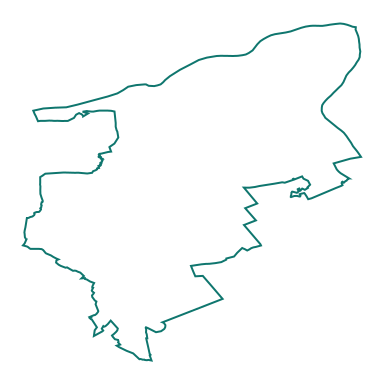 Sēlpils pag., Salas, Latvia (Equal Earth projection)
{"feature_id": "27541924B86071798141499", "entity_name": "Sēlpils pag.", "entity_type": "district", "adm_level": 2, "iso_a3": "LVA", "parent_name": "Latvia", "parent_adm1": "Salas", "projection": "equal_earth", "projection_center": [25.628, 56.531], "detail": "fine", "context": "isolated", "style": "outline", "palette": "teal", "viewbox_px": 384, "rotation_deg": 0, "n_neighbors": 0, "source": "geoboundaries", "source_scale": "gbopen_adm2", "svg_char_len": 5719}
<svg xmlns="http://www.w3.org/2000/svg" viewBox="0 0 384 384"><path d="M355.8,27.2L352.5,26.7L350.2,25.8L347.3,24.8L343.7,23.9L340.1,23.5L335.3,24.0L329.9,24.7L326.6,25.3L322.2,25.9L313.3,25.7L310.2,25.9L305.7,26.6L301.2,27.8L290.7,31.4L285.7,32.5L274.9,34.2L270.9,35.3L267.3,37.0L263.5,39.1L260.3,41.2L257.3,44.3L252.6,50.4L248.8,53.0L245.8,54.5L242.4,55.2L237.9,55.8L233.0,56.0L228.1,55.9L220.8,55.8L216.7,56.0L206.9,57.6L198.8,60.0L190.5,64.4L180.0,69.8L170.0,76.1L165.2,80.0L163.1,82.3L160.6,84.4L157.4,85.4L154.2,86.1L148.7,85.8L146.0,84.4L144.4,84.4L136.2,85.1L128.2,86.7L123.2,90.1L117.4,93.4L107.7,96.5L94.6,100.0L77.6,104.6L66.3,107.3L55.0,107.7L43.3,108.5L33.3,110.7L34.7,114.1L35.8,116.1L38.0,121.2L40.3,120.9L44.6,120.9L49.2,120.6L52.1,120.7L54.3,120.9L57.5,120.8L62.1,121.0L67.9,120.9L74.0,117.9L76.1,114.7L79.1,113.1L80.2,113.7L81.2,114.0L82.2,114.7L82.5,115.1L82.6,115.4L83.2,116.0L83.2,116.4L88.0,113.5L82.6,111.7L87.0,111.0L87.4,111.2L88.7,111.3L91.6,111.6L93.3,111.6L97.2,110.9L99.5,110.6L107.5,110.6L111.1,110.8L114.5,111.5L115.7,123.0L115.7,126.8L116.6,130.2L117.3,131.5L118.3,137.5L114.4,143.6L109.9,146.7L109.4,147.1L111.1,151.6L108.0,152.0L101.4,153.6L99.6,153.8L99.0,154.1L98.8,154.6L99.9,155.4L99.9,155.6L99.8,155.8L99.5,156.0L98.7,156.4L98.6,156.6L98.6,156.9L98.8,157.1L99.1,157.1L100.4,156.9L101.0,157.1L101.0,157.3L100.5,158.2L100.6,158.4L100.7,158.6L101.0,158.7L102.3,158.7L102.7,158.8L102.9,159.0L102.1,159.3L101.8,159.6L101.8,159.8L102.5,160.0L102.6,160.4L102.5,160.6L102.1,161.0L102.0,161.8L101.8,162.0L100.8,162.5L100.3,163.0L100.5,163.4L101.2,163.3L101.4,163.6L101.2,163.9L100.3,164.2L99.9,164.6L99.9,164.8L100.6,165.1L100.8,165.2L100.8,165.3L99.9,166.0L99.0,165.8L98.7,165.9L99.1,166.4L99.1,166.6L98.6,167.0L99.0,168.0L98.7,168.1L97.8,168.1L97.3,168.2L97.0,168.5L96.9,168.7L97.0,169.2L97.0,169.4L95.7,170.2L93.1,171.2L92.1,172.8L87.3,173.5L78.1,172.7L75.2,172.8L63.7,172.5L45.3,173.7L43.1,175.2L43.1,175.3L40.2,177.1L40.2,182.8L40.1,184.7L40.4,186.2L40.3,190.1L40.4,194.0L40.6,194.6L41.6,197.8L42.7,200.7L42.7,201.6L42.4,202.1L41.7,202.2L41.1,204.2L41.1,204.3L41.6,205.1L41.7,205.5L41.6,205.8L41.2,206.1L41.3,206.5L41.3,207.0L41.2,207.4L40.8,207.8L40.5,208.0L40.3,208.3L41.0,209.0L41.0,209.4L40.3,210.5L39.3,211.7L38.8,211.9L38.2,212.0L36.8,212.0L35.5,212.4L34.3,212.9L34.2,213.3L34.5,213.6L34.5,214.5L34.2,215.1L32.6,216.4L31.8,216.7L30.3,217.0L29.2,217.6L28.1,218.0L26.9,218.0L25.4,227.4L24.7,230.4L24.4,232.6L24.6,233.6L24.9,237.2L26.2,239.5L26.4,239.5L24.6,243.5L23.0,245.4L27.0,246.5L28.2,247.2L29.6,248.4L30.6,248.9L37.2,248.9L39.2,248.9L41.5,249.1L42.0,249.3L43.1,250.0L43.4,250.3L45.6,253.0L46.1,253.4L50.9,255.4L53.4,257.0L56.5,258.6L58.4,259.4L56.8,260.1L56.4,260.5L56.1,262.6L58.6,264.7L60.8,265.9L65.5,267.7L67.1,267.4L69.8,269.0L73.0,270.8L74.6,270.6L76.0,270.8L77.8,271.7L80.3,272.6L83.9,276.0L81.5,278.4L84.9,278.1L85.0,279.0L86.6,279.4L90.1,281.5L94.1,283.0L92.8,285.4L92.3,286.7L92.3,287.6L93.1,287.8L91.8,290.5L92.2,291.3L94.0,292.8L93.2,294.1L92.0,295.4L92.3,297.1L93.4,298.5L94.3,299.8L95.1,300.7L96.4,301.5L95.6,304.3L98.3,311.1L97.9,312.1L96.4,314.0L94.9,315.1L93.9,315.2L89.9,316.9L90.8,317.4L89.7,318.0L91.0,319.2L91.7,319.3L96.9,327.3L94.7,330.3L93.9,336.0L102.3,331.4L103.2,330.6L101.8,328.7L103.3,326.1L104.0,326.7L105.4,326.2L107.8,324.1L110.7,320.6L117.8,328.5L117.3,330.4L116.1,331.9L114.0,333.9L112.0,335.5L112.8,336.8L113.1,337.1L114.9,339.2L118.1,340.0L118.5,341.6L118.1,342.4L120.1,344.6L116.8,345.7L119.2,347.2L126.6,350.8L133.2,353.4L139.4,359.2L140.5,359.0L142.9,359.7L144.2,359.6L144.9,360.0L147.0,360.2L148.3,359.9L151.5,360.5L149.7,355.3L150.5,354.8L149.6,353.6L148.2,347.1L146.2,338.4L147.3,338.3L146.7,334.2L146.0,332.3L146.2,329.8L146.0,328.8L145.7,327.8L146.0,327.3L148.1,328.2L156.0,332.2L161.1,331.2L164.2,329.0L164.6,328.4L165.2,327.2L165.4,325.7L165.3,324.9L163.7,322.8L162.5,322.3L222.6,298.9L210.1,284.3L207.3,281.1L202.8,275.9L195.3,276.3L193.2,271.4L191.0,265.9L201.6,264.3L205.8,263.9L209.3,263.8L215.5,263.1L221.3,262.1L226.2,259.7L226.3,258.5L234.1,256.5L237.2,252.8L242.2,248.0L243.2,248.5L244.5,249.0L247.2,250.5L249.4,249.4L251.0,248.3L251.7,248.0L253.3,247.4L255.9,246.9L261.0,245.5L260.4,244.2L244.0,225.0L255.9,220.4L245.2,208.2L257.2,203.5L243.9,187.6L249.2,187.7L254.9,187.0L259.5,186.0L274.3,183.7L282.2,182.3L284.8,182.7L293.4,179.8L293.0,179.3L292.9,179.0L293.0,178.9L293.5,178.7L293.9,178.8L294.5,179.4L302.1,176.4L303.5,178.7L308.0,180.8L310.1,184.7L307.5,187.3L307.9,187.9L304.9,189.8L302.2,188.6L300.9,190.0L300.6,190.4L299.9,189.6L299.2,188.5L297.7,189.2L297.7,189.4L298.1,190.2L298.8,191.0L298.9,191.3L296.9,192.8L292.7,191.7L292.1,191.7L291.9,191.9L291.4,192.8L291.5,193.2L291.1,195.5L290.9,195.8L290.8,196.5L290.8,197.0L291.0,197.1L294.3,196.0L297.0,195.9L299.3,196.5L300.0,196.5L300.2,196.3L300.5,195.7L299.7,194.2L301.3,193.7L303.7,193.2L304.1,193.0L304.7,193.5L305.3,194.4L306.8,196.7L308.2,199.2L311.5,198.3L335.9,188.0L341.2,185.9L342.5,185.2L341.6,183.1L341.9,182.1L342.6,181.7L343.8,182.7L345.5,181.1L346.0,180.9L346.5,180.7L347.2,179.7L347.5,179.4L348.1,179.2L348.0,178.4L349.1,178.4L340.6,173.2L338.6,171.5L336.8,169.5L333.7,163.4L350.3,158.7L361.0,156.9L359.2,154.2L357.2,151.4L353.0,146.2L351.1,142.8L348.8,139.5L346.5,136.1L343.8,132.7L341.2,130.5L337.8,128.0L331.3,122.7L325.3,117.8L324.1,115.7L322.5,113.3L321.7,110.9L321.8,107.6L322.2,105.2L323.6,103.0L325.5,100.7L327.7,98.4L331.0,95.5L333.6,92.7L336.0,90.4L338.4,88.0L341.4,85.2L343.4,82.2L346.4,75.5L348.7,72.5L351.2,70.0L353.4,67.4L355.2,65.0L356.7,62.4L358.6,59.7L359.7,57.1L359.8,54.7L360.3,51.5L359.6,47.6L359.5,44.4L359.1,41.8L358.8,38.8L358.2,36.1L357.0,33.0L355.6,29.7L355.8,27.2Z" fill="none" stroke="#0f766e" stroke-width="2"/></svg>